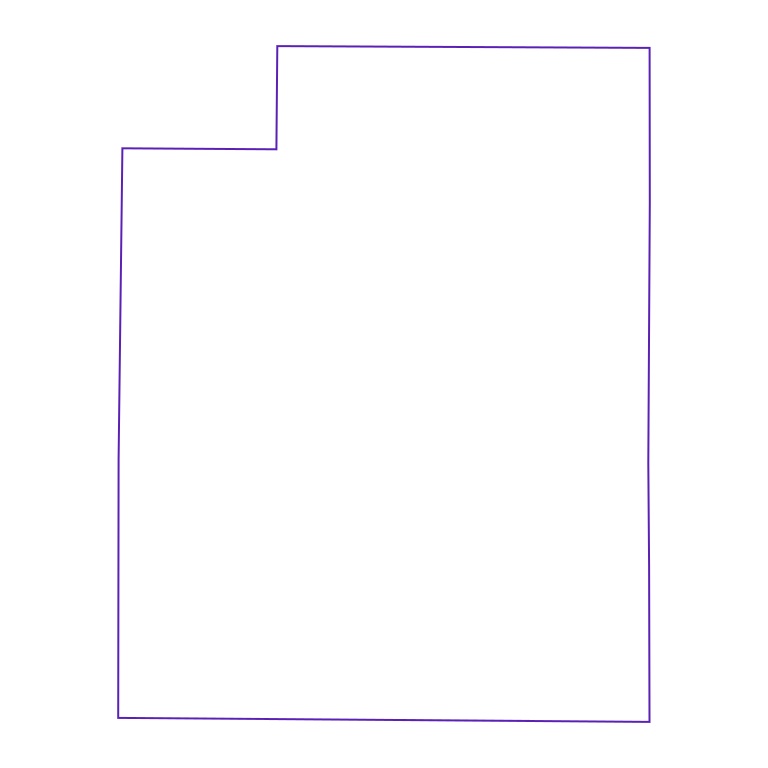 outline of Greenwood, Kansas, United States of America
{"feature_id": "52423323B21411074384100", "entity_name": "Greenwood", "entity_type": "district", "adm_level": 2, "iso_a3": "USA", "parent_name": "United States of America", "parent_adm1": "Kansas", "projection": "albers", "projection_center": [-96.223, 37.888], "detail": "fine", "context": "isolated", "style": "outline", "palette": "violet", "viewbox_px": 768, "rotation_deg": 0, "n_neighbors": 0, "source": "geoboundaries", "source_scale": "gbopen_adm2", "svg_char_len": 256}
<svg xmlns="http://www.w3.org/2000/svg" viewBox="0 0 768 768"><path d="M277.3,46.1L276.4,149.3L122.4,148.3L118.6,458.8L118.2,717.9L649.5,721.9L649.1,566.8L648.3,462.6L649.8,203.2L649.6,47.9L277.3,46.1Z" fill="none" stroke="#5b21b6" stroke-width="2"/></svg>